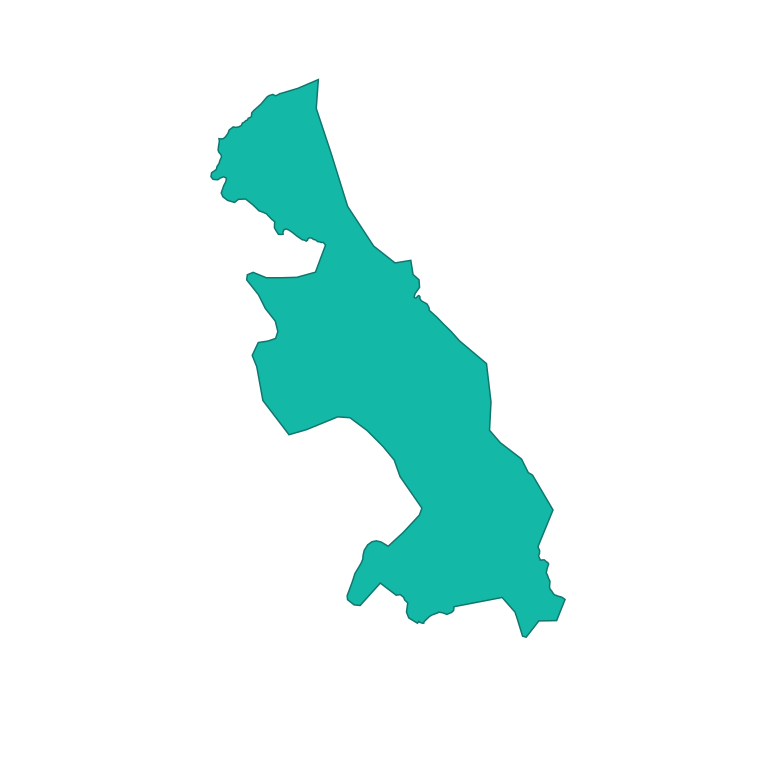 outline of Mopti, Mopti, Mali, rotated 311°
{"feature_id": "8926073B6997954969747", "entity_name": "Mopti", "entity_type": "district", "adm_level": 2, "iso_a3": "MLI", "parent_name": "Mali", "parent_adm1": "Mopti", "projection": "natural_earth1", "projection_center": [-4.123, 14.758], "detail": "fine", "context": "isolated", "style": "filled", "palette": "teal", "viewbox_px": 768, "rotation_deg": 311, "n_neighbors": 0, "source": "geoboundaries", "source_scale": "gbopen_adm2", "svg_char_len": 3374}
<svg xmlns="http://www.w3.org/2000/svg" viewBox="0 0 768 768"><g transform="rotate(311 384 384)"><path d="M494.9,323.1L482.6,312.9L481.3,285.7L494.2,240.0L523.4,192.8L547.5,152.1L570.7,134.7L550.4,124.9L534.4,114.7L532.4,114.1L530.3,113.0L529.6,110.1L526.3,108.1L524.0,107.4L514.5,107.5L505.0,106.3L501.9,106.3L498.9,108.4L497.6,108.3L495.6,107.2L493.4,107.7L492.1,106.9L489.8,106.7L488.0,105.9L485.5,106.8L482.4,105.5L480.3,103.6L479.1,101.5L476.9,101.1L474.2,100.5L470.8,101.8L466.4,102.2L463.5,101.7L461.9,100.0L460.9,98.5L459.3,100.4L454.8,103.2L451.7,105.3L450.5,107.5L450.2,110.3L448.8,112.4L445.4,113.4L442.2,114.8L438.5,115.3L435.9,116.7L430.3,115.3L426.9,117.4L426.3,120.8L429.1,124.6L432.0,125.3L435.3,127.1L435.9,130.1L433.1,131.8L428.3,133.0L421.4,135.8L419.6,139.6L420.0,145.6L423.0,152.1L427.9,153.0L432.8,158.2L433.2,168.0L432.7,176.1L434.2,179.8L435.4,183.8L435.1,185.7L434.6,191.5L434.7,192.0L434.7,192.9L434.7,195.1L433.1,196.3L430.1,198.7L429.8,199.5L429.0,201.7L427.7,206.1L429.3,208.2L430.4,209.2L430.8,209.6L431.4,209.0L432.3,208.1L435.0,207.3L436.9,208.5L437.8,211.2L438.3,215.4L438.5,221.2L439.3,227.9L439.9,228.7L440.3,229.3L440.5,230.1L440.8,231.6L442.4,232.0L443.4,231.3L443.5,231.2L445.7,232.0L446.8,234.0L446.8,236.0L447.8,237.4L448.0,240.7L448.8,241.8L449.2,242.4L449.6,243.8L450.9,245.1L450.8,247.4L450.7,247.8L450.2,248.7L450.3,248.8L423.4,258.9L407.3,248.2L397.1,237.1L387.0,225.5L382.4,212.0L376.8,209.2L372.5,212.0L369.0,230.7L363.1,245.0L360.1,260.8L353.9,269.5L347.3,272.3L340.1,268.1L332.8,261.9L326.0,263.8L319.1,265.8L313.6,276.6L292.1,303.4L283.4,345.6L298.8,355.5L328.8,370.6L336.2,380.4L337.8,401.6L336.2,424.2L333.3,441.6L324.6,457.0L315.2,494.0L308.4,496.7L284.6,495.9L264.3,493.6L262.9,485.5L260.6,481.1L257.1,478.4L251.9,477.2L245.5,478.2L241.3,480.4L237.9,482.9L234.0,484.2L230.0,485.0L225.2,485.8L221.9,486.4L214.3,489.7L200.0,495.1L197.3,498.0L197.7,506.4L201.2,511.3L231.3,511.8L232.6,531.8L235.7,534.4L235.9,538.7L234.6,541.3L234.4,545.5L226.6,550.6L223.7,556.2L225.4,566.2L227.7,566.1L227.7,567.5L228.7,570.0L229.6,570.9L229.9,570.7L230.6,570.4L231.3,570.2L238.2,570.8L241.3,571.8L243.7,573.2L244.3,573.5L244.9,573.7L245.4,574.1L246.1,574.6L247.8,575.0L250.0,578.7L250.5,580.1L250.8,580.9L251.3,582.6L254.9,584.3L255.3,584.6L255.6,584.8L258.0,585.1L258.5,585.1L259.0,585.0L260.1,584.2L261.8,582.9L300.4,613.2L297.8,632.5L294.6,638.0L284.6,654.0L286.2,657.4L306.8,656.3L312.9,663.1L318.7,669.5L337.9,662.8L340.2,662.0L339.8,658.2L338.8,655.9L337.9,654.3L337.6,653.0L336.8,651.3L336.8,649.7L337.8,646.2L338.2,643.8L338.9,642.8L339.1,642.4L341.1,640.8L344.0,638.7L345.1,636.0L345.7,635.0L347.2,632.3L347.6,631.0L348.1,630.2L351.8,628.2L353.1,627.6L355.8,626.5L356.1,626.4L356.4,625.3L356.8,624.6L356.4,624.0L356.4,623.2L356.4,620.3L355.6,619.4L355.0,618.9L353.6,617.5L354.1,616.9L354.2,616.3L354.7,615.3L355.8,613.3L356.9,612.9L358.1,612.6L358.5,612.2L360.1,611.0L360.7,610.3L361.2,608.8L362.3,606.9L399.8,594.2L412.7,555.8L411.8,551.0L417.6,537.0L416.0,510.2L418.3,494.0L435.7,480.4L440.5,476.7L456.6,459.0L466.6,448.0L466.1,412.6L467.7,399.9L468.2,390.3L469.1,380.2L469.3,369.9L471.2,367.8L472.6,364.0L471.3,357.8L471.9,355.1L473.3,354.1L473.7,352.8L473.4,352.0L469.8,351.7L469.2,350.8L469.3,349.8L472.5,348.2L480.3,347.4L485.6,342.1L485.7,334.1L494.9,323.1Z" fill="#14b8a6" stroke="#0f766e" stroke-width="1.5"/></g></svg>